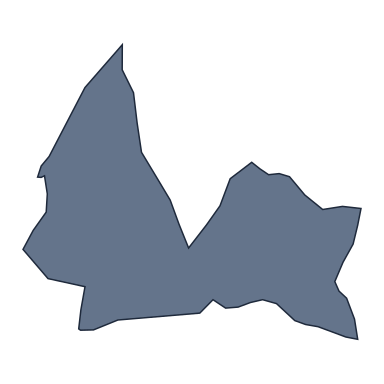 an SVG outline of San Pedro de Macorís
{"feature_id": "DOM-1396", "entity_name": "San Pedro de Macorís", "entity_type": "Province", "adm_level": 1, "iso_a3": "DOM", "parent_name": "Dominican Republic", "parent_adm1": "", "projection": "robinson", "projection_center": [-69.33, 18.599], "detail": "fine", "context": "isolated", "style": "filled", "palette": "slate", "viewbox_px": 384, "rotation_deg": 0, "n_neighbors": 0, "source": "natural_earth", "source_scale": "10m", "svg_char_len": 808}
<svg xmlns="http://www.w3.org/2000/svg" viewBox="0 0 384 384"><path d="M357.7,339.3L345.8,337.0L318.1,326.7L305.6,324.5L294.8,320.6L276.5,303.6L262.6,299.7L250.5,302.5L238.1,307.1L225.6,308.1L213.0,299.7L199.8,313.1L117.9,320.0L93.5,329.9L80.5,330.2L78.7,328.9L80.9,309.8L85.0,286.7L48.0,278.6L23.0,249.4L33.2,230.4L46.2,212.1L47.3,193.9L44.5,175.8L41.1,177.4L37.6,177.1L41.2,166.0L49.1,156.5L85.0,87.5L122.3,44.7L122.2,69.8L133.5,92.7L137.1,122.8L141.5,152.3L155.9,176.2L170.2,200.1L179.0,224.2L188.6,248.0L206.5,224.9L220.0,205.8L230.2,178.7L251.7,162.3L260.0,168.9L268.6,174.7L279.2,173.6L289.5,176.7L304.8,195.0L322.7,209.5L342.5,206.4L361.0,208.5L357.7,225.2L353.1,244.1L343.0,262.3L334.8,281.6L339.0,291.1L346.6,298.2L354.5,319.1L357.7,339.3Z" fill="#64748b" stroke="#1e293b" stroke-width="1.5"/></svg>